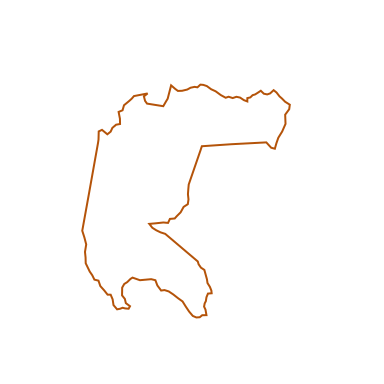 Itauçu, Goiás, Brazil (Equal Earth projection), rotated 328°
{"feature_id": "56859067B31069822837924", "entity_name": "Itauçu", "entity_type": "district", "adm_level": 2, "iso_a3": "BRA", "parent_name": "Brazil", "parent_adm1": "Goiás", "projection": "equal_earth", "projection_center": [-49.6, -16.218], "detail": "fine", "context": "isolated", "style": "outline", "palette": "amber", "viewbox_px": 384, "rotation_deg": 328, "n_neighbors": 0, "source": "geoboundaries", "source_scale": "gbopen_adm2", "svg_char_len": 1961}
<svg xmlns="http://www.w3.org/2000/svg" viewBox="0 0 384 384"><g transform="rotate(328 192 192)"><path d="M139.0,304.1L141.1,298.9L141.5,295.6L143.7,293.2L145.9,291.9L148.5,288.9L151.7,286.6L155.0,288.3L156.2,285.8L156.9,281.9L156.9,277.4L158.4,274.0L161.2,264.6L159.5,260.9L159.3,256.8L160.1,254.0L147.1,213.3L143.9,209.5L141.4,205.5L139.4,201.3L138.9,196.4L144.4,199.2L151.6,202.7L155.3,205.5L159.0,203.1L163.3,205.3L166.4,204.4L171.6,203.2L177.0,200.2L182.0,200.1L185.1,196.4L187.4,191.7L190.4,187.6L193.2,183.9L221.5,161.0L224.6,158.4L250.8,172.4L281.3,189.3L282.6,196.4L285.2,199.2L289.5,195.3L294.0,191.7L300.5,188.5L307.4,183.8L312.0,175.8L318.3,173.3L321.2,169.8L318.8,164.8L317.8,160.3L316.9,157.3L316.4,152.4L315.2,148.9L310.5,149.8L307.5,149.1L305.0,146.7L304.0,142.6L300.0,142.7L297.2,142.7L294.7,142.0L291.6,142.7L288.7,141.7L286.9,144.5L284.7,141.6L282.8,137.4L280.1,134.8L276.3,133.9L273.5,130.6L270.5,129.9L267.8,125.1L265.4,119.1L262.7,115.0L260.7,110.0L258.3,107.1L256.0,105.4L252.1,106.1L249.9,104.2L246.0,102.8L242.3,102.6L237.2,100.9L233.6,98.8L232.4,95.7L230.8,90.5L220.8,100.0L218.2,101.3L213.1,104.0L200.7,93.2L200.5,89.8L201.9,85.4L206.6,84.9L193.6,79.9L190.4,80.9L187.1,81.5L180.3,82.4L176.4,85.9L172.2,85.2L169.7,91.7L167.0,96.2L163.3,94.7L158.5,95.4L155.0,97.7L150.8,98.2L148.6,91.6L145.0,91.2L140.5,98.0L138.3,100.6L103.2,139.4L78.4,166.7L76.6,173.7L74.5,180.4L69.5,186.1L67.0,191.2L64.1,196.1L63.1,205.3L63.3,209.8L62.8,214.6L65.7,217.6L64.4,223.2L65.4,228.9L66.0,234.3L68.6,236.0L67.8,241.0L65.5,246.3L66.3,251.8L69.1,252.9L71.8,253.4L73.6,255.3L76.4,257.4L78.9,256.0L77.0,251.2L78.4,247.1L77.9,242.6L80.3,238.9L82.1,236.1L85.8,234.1L89.3,234.1L93.8,233.1L96.2,233.1L101.1,239.2L111.2,244.3L114.2,247.4L113.1,252.9L113.6,259.2L116.7,260.6L119.6,264.0L121.8,268.9L123.9,274.7L126.0,279.8L126.0,285.8L126.2,291.9L127.0,297.5L129.2,300.7L132.2,302.3L135.4,301.9L139.0,304.1Z" fill="none" stroke="#b45309" stroke-width="2"/></g></svg>